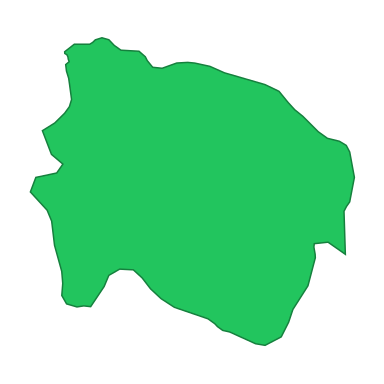 an SVG outline of K. Maras, rotated 93°
{"feature_id": "TUR-2283", "entity_name": "K. Maras", "entity_type": "Province", "adm_level": 1, "iso_a3": "TUR", "parent_name": "Turkey", "parent_adm1": "", "projection": "robinson", "projection_center": [36.909, 37.929], "detail": "fine", "context": "isolated", "style": "filled", "palette": "green", "viewbox_px": 384, "rotation_deg": 93, "n_neighbors": 0, "source": "natural_earth", "source_scale": "10m", "svg_char_len": 1173}
<svg xmlns="http://www.w3.org/2000/svg" viewBox="0 0 384 384"><g transform="rotate(93 192 192)"><path d="M97.6,100.7L104.5,93.7L110.6,85.3L125.2,69.1L131.3,59.6L133.6,47.5L137.4,40.4L143.8,36.6L168.9,30.6L193.6,34.0L198.4,37.0L203.3,39.2L246.2,35.6L235.0,53.5L237.2,67.2L240.6,67.4L247.6,65.8L251.2,65.4L279.6,71.3L304.0,85.1L317.0,88.7L332.0,95.3L341.3,111.0L340.2,120.6L329.8,147.1L328.6,154.1L325.1,159.5L322.3,162.4L317.8,169.4L308.1,203.5L300.2,217.2L290.9,228.3L280.4,237.3L272.8,246.5L272.8,260.2L279.6,270.7L291.0,274.8L311.8,287.2L311.4,294.1L312.8,300.9L310.3,311.4L302.2,316.6L290.1,316.3L278.2,317.9L252.4,326.5L228.5,330.6L217.8,335.7L200.4,353.4L185.6,348.7L180.1,328.1L170.9,322.4L161.8,334.3L138.6,344.6L130.3,332.7L120.0,323.3L113.2,318.9L105.9,317.1L90.5,320.0L84.9,321.1L77.8,323.7L71.4,324.8L68.3,321.5L65.9,322.5L63.5,323.0L61.5,324.1L60.3,326.3L58.6,326.5L50.6,317.3L49.8,301.9L47.8,299.0L45.1,296.5L42.7,290.0L44.3,283.0L49.7,277.3L54.1,270.4L54.2,252.3L59.4,245.7L63.1,243.6L69.5,237.8L70.0,228.3L64.0,214.0L62.8,203.1L63.1,196.0L65.6,180.7L71.3,165.8L80.9,124.8L86.9,110.4L97.6,100.7Z" fill="#22c55e" stroke="#15803d" stroke-width="1.5"/></g></svg>